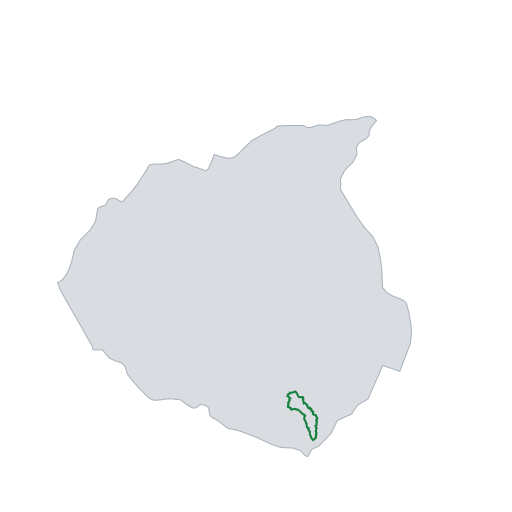 Uzumba Maramba Pfungwe, Mashonaland East, Zimbabwe shown in context, rotated 111°
{"feature_id": "62879985B20819792882543", "entity_name": "Uzumba Maramba Pfungwe", "entity_type": "district", "adm_level": 2, "iso_a3": "ZWE", "parent_name": "Zimbabwe", "parent_adm1": "Mashonaland East", "projection": "natural_earth1", "projection_center": [32.048, -17.097], "detail": "fine", "context": "in_parent", "style": "outline", "palette": "green", "viewbox_px": 512, "rotation_deg": 111, "n_neighbors": 0, "source": "geoboundaries", "source_scale": "gbopen_adm2", "svg_char_len": 7234}
<svg xmlns="http://www.w3.org/2000/svg" viewBox="0 0 512 512"><g transform="rotate(111 256 256)"><path d="M352.0,431.6L348.1,428.6L342.7,426.7L335.8,425.8L326.9,426.1L315.9,427.8L304.1,425.8L291.5,420.2L281.0,418.3L268.6,420.7L268.0,420.7L265.9,418.9L262.4,414.8L256.7,414.1L255.2,413.1L253.9,411.6L253.1,409.7L252.7,407.5L253.6,400.8L253.1,400.1L251.6,399.3L248.5,398.5L240.9,395.4L231.5,392.5L216.1,389.3L210.2,388.4L208.8,387.5L207.1,385.0L204.1,377.3L201.3,372.2L194.6,364.4L193.5,362.0L193.8,355.8L194.3,350.8L195.0,346.5L194.6,342.5L194.5,337.6L194.7,334.3L193.8,332.8L191.4,331.8L184.5,331.3L176.3,331.5L176.0,326.5L175.1,318.7L173.5,314.2L171.6,311.9L167.8,309.5L160.1,306.2L149.6,301.1L140.6,293.6L130.3,284.3L127.0,282.7L123.2,273.9L117.3,259.0L117.6,254.0L116.7,251.5L111.0,244.2L109.8,240.3L108.7,236.5L99.7,225.7L96.6,221.0L94.3,215.0L91.9,210.1L89.9,208.2L87.4,204.9L85.6,201.2L84.7,198.4L85.3,194.6L86.2,192.1L94.7,194.7L99.4,195.0L103.0,193.6L107.5,195.4L112.9,200.3L118.7,201.2L125.0,198.2L133.6,199.1L144.4,203.9L153.3,204.9L163.9,200.6L173.2,188.7L182.1,177.4L190.8,164.5L196.0,154.0L203.7,145.5L213.8,138.9L224.2,133.4L240.1,126.6L243.3,121.0L244.3,114.8L244.3,106.3L245.1,100.8L246.7,98.3L249.4,96.4L252.8,93.8L263.3,87.4L272.1,83.2L282.7,80.5L294.5,80.5L305.8,80.5L312.2,80.4L312.3,88.6L312.8,97.8L314.1,98.7L322.6,98.9L336.2,99.6L349.4,100.2L357.7,106.9L360.6,108.3L369.3,110.1L380.4,121.2L393.8,122.2L403.0,125.7L411.2,129.5L415.8,134.1L418.8,135.2L422.9,135.5L424.9,135.9L424.5,139.2L421.7,144.8L422.1,152.8L425.8,163.9L426.3,173.6L425.1,190.6L425.2,207.1L425.6,213.0L426.2,216.9L426.9,219.0L426.8,221.4L424.6,228.4L422.8,235.6L422.7,238.6L422.0,240.6L420.7,242.4L414.8,245.8L413.8,247.9L413.9,251.6L414.6,254.8L416.8,256.0L419.4,257.8L420.4,260.1L420.4,262.6L419.6,267.3L417.3,274.9L419.6,283.7L422.2,289.4L425.8,296.0L427.3,300.1L427.2,303.0L426.7,305.9L421.2,318.0L417.3,325.5L412.6,333.5L406.3,338.5L404.7,341.0L404.0,343.7L404.3,349.8L404.0,356.1L398.6,365.7L401.9,374.1L401.2,374.9L399.3,376.1L391.6,385.4L383.8,394.9L378.1,401.9L371.7,409.8L364.4,418.6L358.2,426.2L352.0,431.6Z" fill="#d9dde1" stroke="#a8b0b8" stroke-width="1"/><path d="M383.4,142.7L383.2,143.0L383.2,143.3L383.2,143.7L383.2,144.4L383.3,144.6L383.5,144.9L383.5,145.1L383.3,145.7L383.3,145.9L383.2,146.2L382.9,146.3L382.4,146.6L382.2,146.8L381.9,146.8L381.7,146.7L381.4,146.5L381.1,146.6L380.9,146.8L380.7,147.5L380.7,148.1L380.5,148.4L380.6,148.6L380.4,148.7L380.4,148.8L380.2,148.8L380.1,149.0L379.8,149.0L379.3,149.3L379.1,149.4L379.1,149.5L379.3,149.6L379.3,149.9L379.2,150.2L379.2,150.7L379.3,150.8L379.2,150.9L379.0,151.0L378.7,150.9L378.4,151.0L378.5,151.2L378.5,151.4L378.5,151.5L378.3,151.7L378.3,151.8L378.6,152.0L378.9,151.9L379.0,152.0L379.2,152.5L379.1,152.8L379.1,153.0L378.5,153.6L378.2,153.9L378.1,154.0L377.8,154.2L377.6,154.5L377.4,154.4L377.2,154.5L376.7,155.0L376.6,155.3L376.7,155.5L376.5,156.0L376.4,156.2L376.0,157.0L375.7,157.2L375.8,157.7L375.7,157.9L375.8,158.1L376.1,158.3L376.2,158.5L376.4,158.6L376.2,158.8L375.8,159.1L375.7,159.1L374.8,159.6L374.5,159.8L374.2,160.1L373.8,160.1L373.6,160.4L373.5,160.5L373.4,160.5L373.0,160.4L372.7,160.5L372.6,161.0L372.4,161.1L372.1,161.2L371.8,161.0L371.6,161.0L371.3,161.1L371.1,161.3L371.0,161.6L370.9,161.9L370.9,162.1L371.1,162.4L371.4,162.8L371.5,162.9L371.7,163.1L371.8,163.7L371.9,163.9L372.0,164.3L372.0,164.5L372.0,164.8L372.2,165.2L372.3,165.3L372.2,165.6L372.1,165.8L371.8,166.2L371.5,166.6L371.0,167.1L370.8,167.2L370.6,167.6L370.2,167.9L370.0,168.0L369.9,168.3L369.7,168.5L369.4,168.8L369.4,169.0L369.2,169.3L369.1,169.5L368.9,169.8L368.7,169.9L368.6,170.2L368.5,170.4L368.4,170.7L368.4,170.8L368.7,171.0L368.9,171.3L369.1,171.5L369.3,171.8L369.5,171.9L369.6,172.0L369.8,172.2L369.9,172.3L369.9,172.5L370.0,172.7L370.3,173.0L370.6,173.3L371.1,174.3L371.2,174.6L371.3,174.9L371.5,174.7L371.8,174.8L372.0,174.9L372.0,175.2L372.1,175.4L372.4,175.4L372.5,175.5L372.9,175.9L373.3,176.1L373.8,176.6L374.0,176.7L374.3,176.5L374.4,176.3L374.9,176.4L375.0,176.4L375.4,176.4L375.6,176.4L375.4,175.7L376.6,173.3L376.8,173.7L377.3,173.7L377.6,173.7L378.4,173.2L378.5,173.2L378.8,173.1L379.0,173.0L379.0,172.9L379.3,172.9L379.5,173.0L379.8,173.1L380.0,173.0L380.5,173.1L380.7,173.3L380.8,173.3L381.2,173.3L381.3,173.2L381.4,173.3L381.7,173.4L382.0,173.2L382.4,172.7L382.5,172.7L382.8,172.5L382.9,172.4L383.0,172.4L383.2,172.5L383.3,172.6L383.6,172.5L383.9,172.6L384.1,172.6L384.4,172.4L384.5,172.4L384.8,172.3L384.9,172.1L385.0,172.1L385.6,171.9L385.6,171.6L385.5,171.4L385.5,171.2L385.5,170.5L385.4,170.4L385.2,170.2L385.2,169.6L385.5,169.1L385.9,168.7L386.0,168.7L386.1,168.8L386.2,168.7L386.3,168.8L386.7,168.5L386.8,168.3L386.8,168.2L386.7,167.8L386.2,167.1L386.0,166.8L385.9,166.8L385.8,166.6L385.7,166.2L385.3,165.7L384.8,165.1L384.8,164.7L384.8,164.4L384.7,164.1L384.7,163.9L384.7,163.7L384.8,163.5L384.9,163.4L384.9,163.1L384.9,162.9L384.5,162.6L384.4,162.3L384.4,162.1L384.6,161.2L384.7,160.7L384.9,160.4L385.1,159.8L385.3,159.2L385.5,158.9L385.7,158.4L385.7,158.1L386.1,157.2L386.4,156.8L386.4,156.5L386.5,156.3L386.5,156.0L386.7,155.6L386.8,155.6L387.0,155.4L386.9,155.2L386.8,154.8L386.9,154.5L387.0,154.0L387.1,153.1L387.3,152.9L387.5,152.9L387.9,152.9L388.4,153.0L388.4,152.9L388.5,152.9L388.8,153.0L389.4,153.0L389.5,153.0L389.8,153.0L390.1,152.9L390.3,152.7L390.7,152.6L390.9,152.5L391.0,152.3L391.4,152.2L391.7,151.7L391.9,151.5L392.4,150.8L392.7,150.6L392.9,150.4L393.0,150.1L393.6,149.7L393.8,149.4L394.0,149.3L394.3,149.2L394.5,149.0L394.4,148.9L394.6,148.6L395.0,148.5L395.4,148.3L395.9,148.1L396.1,148.0L396.3,147.7L396.6,147.5L397.1,147.4L397.3,147.3L397.4,147.2L397.4,146.9L397.7,146.5L397.7,146.2L397.8,146.0L397.9,145.8L397.9,145.7L398.0,145.8L398.1,145.7L398.3,145.4L398.7,145.5L398.9,145.3L399.0,145.2L398.9,145.0L399.2,144.8L399.2,144.7L399.5,144.5L399.6,144.2L399.8,144.1L400.0,144.1L400.2,143.9L400.3,143.7L400.4,143.0L400.6,142.8L400.8,142.9L401.2,142.6L401.3,142.5L401.6,142.5L402.2,142.2L402.6,142.0L402.9,141.8L403.1,141.8L403.6,141.4L403.8,141.1L404.1,140.7L404.4,140.5L404.7,140.1L405.2,139.9L405.6,139.5L406.0,139.3L406.1,139.2L406.3,138.9L406.4,138.6L406.5,138.4L406.6,138.2L406.7,137.7L406.9,137.4L407.3,136.8L407.4,136.7L407.2,136.5L407.1,136.4L406.6,136.4L406.4,136.3L405.9,135.7L405.6,135.5L405.2,135.4L404.9,135.5L404.6,135.5L404.4,135.2L404.2,135.3L403.9,135.4L403.5,135.1L403.2,135.2L402.8,135.4L402.6,135.6L402.3,135.5L401.9,135.5L401.6,135.6L401.3,135.9L401.1,136.0L400.9,135.9L400.6,135.9L400.5,136.0L400.3,136.3L399.5,136.1L399.4,136.2L399.0,136.7L398.8,136.7L398.7,136.8L398.1,137.5L397.8,137.5L397.5,137.6L397.0,137.5L396.2,137.7L395.9,137.7L395.6,137.8L395.1,137.7L395.1,137.8L394.5,138.6L394.4,138.8L394.2,138.9L394.0,139.0L393.4,139.1L393.3,139.4L393.2,139.6L392.9,139.4L392.6,139.0L392.1,138.8L391.9,138.8L391.1,139.1L390.9,139.3L390.3,139.4L390.1,139.5L389.9,139.9L389.5,139.9L389.2,140.0L388.9,139.9L388.6,139.9L387.9,140.2L387.7,140.5L387.7,140.8L387.4,140.8L387.2,141.0L386.8,140.8L386.5,140.6L386.3,140.6L385.9,140.7L385.6,140.7L385.4,140.7L385.0,140.9L384.9,141.1L384.9,141.6L384.9,141.8L384.6,142.0L384.4,142.2L384.1,142.3L383.6,142.6L383.4,142.7Z" fill="none" stroke="#15803d" stroke-width="2"/></g></svg>